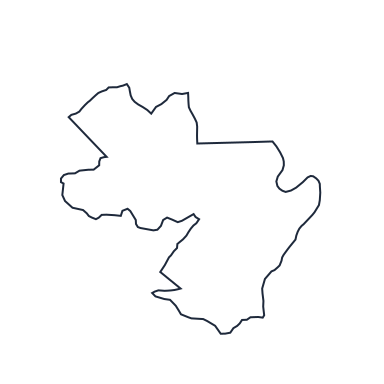 outline of Murici dos Portelas, Piauí, Brazil, rotated 136°
{"feature_id": "56859067B24029295900147", "entity_name": "Murici dos Portelas", "entity_type": "district", "adm_level": 2, "iso_a3": "BRA", "parent_name": "Brazil", "parent_adm1": "Piauí", "projection": "robinson", "projection_center": [-42.008, -3.363], "detail": "fine", "context": "isolated", "style": "outline", "palette": "slate", "viewbox_px": 384, "rotation_deg": 136, "n_neighbors": 0, "source": "geoboundaries", "source_scale": "gbopen_adm2", "svg_char_len": 2466}
<svg xmlns="http://www.w3.org/2000/svg" viewBox="0 0 384 384"><g transform="rotate(136 192 192)"><path d="M222.8,57.0L220.4,60.1L216.3,64.0L211.7,70.1L208.6,73.8L199.9,78.8L190.0,79.7L186.9,78.5L182.8,78.3L180.0,78.3L175.3,80.4L172.6,82.3L169.6,83.2L163.2,84.3L159.9,84.8L150.6,85.9L147.2,88.2L143.5,90.0L140.2,91.1L136.7,91.5L134.2,91.3L129.6,91.5L121.3,91.9L118.0,92.3L109.8,94.4L105.8,97.3L100.2,102.4L96.3,107.0L94.4,109.1L93.2,112.3L93.2,115.5L93.9,119.1L95.5,121.1L98.7,122.2L105.5,122.1L114.1,122.8L119.8,124.3L124.6,127.0L126.1,130.1L126.8,133.7L126.4,137.0L124.0,141.0L119.6,143.5L111.7,144.9L107.4,147.4L104.8,150.2L103.0,153.2L101.1,159.2L99.6,166.2L99.0,172.4L101.8,175.0L113.6,185.7L154.5,223.2L151.7,226.4L149.1,229.2L146.3,232.0L142.9,235.4L140.4,238.7L139.0,242.7L137.7,247.3L136.6,251.6L135.4,255.1L133.4,257.6L131.1,260.3L128.7,262.9L126.0,266.0L131.1,269.4L135.7,275.3L141.8,276.9L146.3,275.9L153.0,276.5L158.8,278.2L162.6,277.5L166.9,276.7L167.2,282.0L168.4,287.3L169.9,292.4L170.6,296.7L170.4,300.4L169.0,304.1L166.6,307.8L164.7,310.6L163.9,314.9L167.8,316.5L169.9,317.8L173.3,319.5L176.5,322.6L179.3,325.1L182.8,325.0L187.0,327.0L190.6,328.3L194.0,328.5L198.3,328.6L202.1,328.6L204.6,328.9L208.6,328.9L213.8,328.6L217.2,328.1L221.1,329.1L225.2,331.3L228.7,331.5L229.0,276.6L231.1,278.2L234.3,279.9L237.5,278.4L240.2,275.7L247.2,276.4L251.2,280.1L258.1,285.5L263.2,286.7L268.2,291.2L272.4,293.2L276.9,292.7L279.4,290.1L278.5,287.3L287.4,279.9L289.6,273.7L289.3,269.4L288.9,263.7L282.9,254.7L282.5,249.7L282.9,246.4L281.8,243.2L280.0,239.2L276.9,238.3L272.9,238.3L269.4,235.2L263.8,229.1L259.8,224.3L255.1,226.8L250.0,224.7L249.6,221.2L251.9,210.9L254.5,207.9L255.3,204.4L254.1,201.9L246.4,191.2L243.1,188.9L237.9,189.2L232.2,191.9L227.7,190.9L225.5,186.0L223.2,180.2L219.3,178.3L206.2,175.0L206.8,171.5L205.8,167.5L210.6,166.5L214.2,166.9L218.2,166.5L222.4,165.6L226.3,164.5L231.4,164.2L235.0,164.5L238.6,164.8L241.7,162.1L246.2,162.0L251.2,161.0L253.9,161.0L262.3,158.3L270.4,156.5L267.3,130.5L269.8,131.9L272.7,133.7L275.6,135.9L278.0,137.9L280.4,140.0L282.7,142.6L284.5,144.6L288.1,146.3L290.8,147.0L290.8,142.3L286.3,134.3L282.7,129.7L282.7,121.4L283.9,115.8L284.9,111.7L281.6,104.3L280.2,101.5L272.2,92.8L270.7,88.6L268.3,79.7L269.8,70.1L266.6,67.1L262.2,64.2L256.8,65.3L252.5,64.3L249.0,64.3L244.9,65.2L241.3,62.0L237.0,61.3L234.2,58.8L231.2,56.1L228.4,52.5L225.7,53.2L222.8,57.0Z" fill="none" stroke="#1e293b" stroke-width="2"/></g></svg>